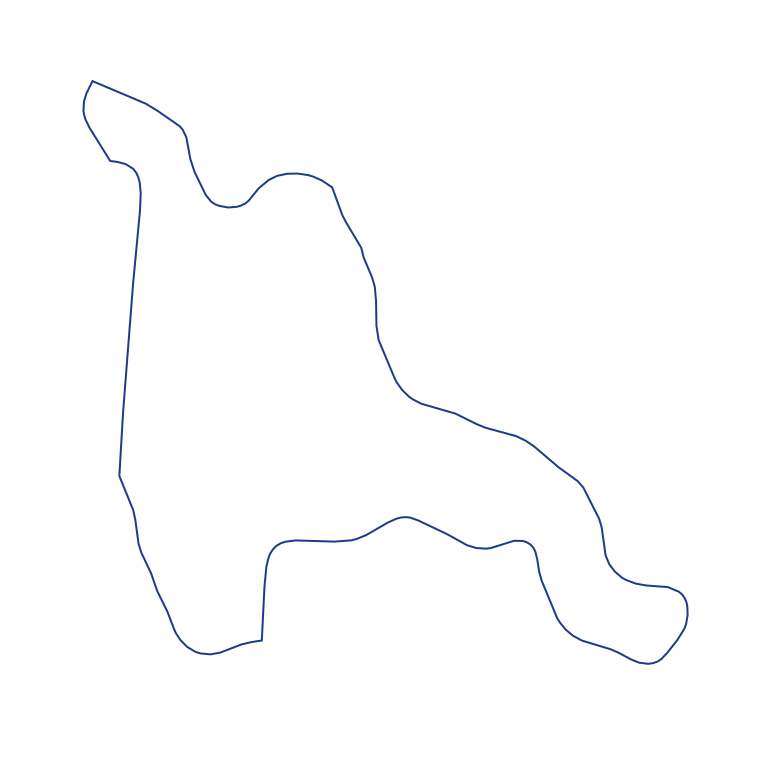 the district of El Peñón, Barahona, Dominican Republic, rotated 274°
{"feature_id": "3306468B33115506281893", "entity_name": "El Peñón", "entity_type": "district", "adm_level": 2, "iso_a3": "DOM", "parent_name": "Dominican Republic", "parent_adm1": "Barahona", "projection": "robinson", "projection_center": [-71.192, 18.291], "detail": "fine", "context": "isolated", "style": "outline", "palette": "blue", "viewbox_px": 768, "rotation_deg": 274, "n_neighbors": 0, "source": "geoboundaries", "source_scale": "gbopen_adm2", "svg_char_len": 1994}
<svg xmlns="http://www.w3.org/2000/svg" viewBox="0 0 768 768"><g transform="rotate(274 384 384)"><path d="M273.8,126.4L240.5,142.7L231.1,145.4L207.5,150.3L198.8,153.7L179.0,164.8L161.5,172.3L141.8,183.8L125.2,191.5L121.0,193.7L113.9,199.2L107.9,206.2L103.6,214.7L102.4,219.7L102.2,229.8L104.6,239.3L114.3,260.1L117.3,269.8L119.6,280.0L173.4,278.9L193.6,279.4L202.9,281.0L207.3,282.5L211.4,284.8L215.1,288.0L217.9,292.1L219.8,296.7L221.8,306.7L223.3,345.3L225.7,362.0L227.4,367.3L232.0,376.7L246.0,397.4L250.5,405.8L252.0,410.2L252.7,414.9L252.6,419.2L250.4,427.3L238.6,457.4L228.9,478.3L226.8,487.6L226.9,497.4L227.8,502.0L236.7,524.8L237.1,533.4L236.0,537.6L234.0,541.4L231.0,544.4L227.7,546.5L220.1,549.0L207.6,551.9L199.2,554.8L162.3,573.2L158.6,575.9L151.7,582.3L146.1,590.0L141.9,599.2L135.1,628.9L131.9,637.7L126.5,649.6L123.8,657.9L123.3,667.2L124.3,671.8L126.1,676.1L128.9,679.8L135.3,685.1L149.1,694.5L161.0,700.8L165.6,702.1L174.9,703.0L183.8,702.0L188.0,700.7L191.7,698.6L195.0,695.9L197.4,692.5L201.2,681.3L201.3,659.8L202.4,649.3L205.3,639.3L207.4,634.9L213.1,627.2L220.1,621.2L228.5,617.0L256.0,611.2L264.6,608.0L294.7,590.0L300.8,583.7L313.2,563.8L331.9,538.5L337.3,529.3L341.2,519.5L347.3,488.9L350.3,479.5L359.4,457.4L366.9,422.6L370.8,413.6L373.3,409.6L379.4,402.4L386.6,396.5L390.7,394.1L427.4,375.6L441.6,372.4L466.2,370.3L480.5,368.0L489.2,364.8L508.8,354.9L518.3,351.8L542.0,335.3L549.6,330.6L576.5,318.6L582.7,307.8L586.0,298.7L587.1,293.7L587.9,283.2L587.0,272.8L584.2,262.9L579.5,254.8L570.4,245.3L557.4,236.2L554.5,233.2L552.3,229.5L550.6,225.3L549.2,216.4L550.2,207.2L551.6,202.8L553.9,198.8L560.3,192.9L582.4,180.2L594.9,175.1L616.4,169.6L623.8,165.3L626.9,162.2L640.6,139.2L647.1,126.6L665.8,72.1L653.5,67.0L645.0,65.0L635.8,65.1L631.2,66.2L627.0,67.8L619.2,72.3L587.4,95.3L586.9,102.9L585.3,111.0L581.3,118.6L577.5,122.1L573.1,124.5L568.1,126.2L557.5,128.0L540.2,128.5L466.6,126.7L338.3,125.7L273.8,126.4Z" fill="none" stroke="#1e3a8a" stroke-width="2"/></g></svg>